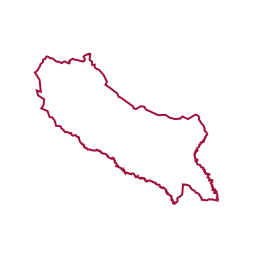 Jordão, Acre, Brazil, rotated 101°
{"feature_id": "56859067B10244849047015", "entity_name": "Jordão", "entity_type": "district", "adm_level": 2, "iso_a3": "BRA", "parent_name": "Brazil", "parent_adm1": "Acre", "projection": "natural_earth1", "projection_center": [-71.804, -9.222], "detail": "fine", "context": "isolated", "style": "outline", "palette": "rose", "viewbox_px": 256, "rotation_deg": 101, "n_neighbors": 0, "source": "geoboundaries", "source_scale": "gbopen_adm2", "svg_char_len": 5825}
<svg xmlns="http://www.w3.org/2000/svg" viewBox="0 0 256 256"><g transform="rotate(101 128 128)"><path d="M193.5,67.7L192.5,67.3L192.2,66.6L191.6,66.3L190.6,65.4L189.5,65.6L188.8,66.0L188.0,65.9L187.3,66.1L186.7,65.7L186.2,64.7L185.0,63.5L184.3,63.2L183.8,62.6L183.0,62.1L173.0,63.2L173.3,62.5L172.6,61.2L172.6,59.7L172.9,56.7L173.4,56.1L174.7,55.4L174.9,54.7L175.4,54.5L176.1,53.5L176.9,50.8L178.6,49.0L178.7,48.5L178.4,48.0L179.7,45.2L180.7,44.9L180.9,44.3L181.7,43.6L182.3,42.6L182.9,42.6L184.4,42.0L184.4,41.3L184.1,40.0L184.2,39.6L184.0,36.9L183.8,36.5L183.5,36.0L182.9,35.7L182.5,35.1L182.6,33.7L182.0,32.5L182.1,32.0L181.9,31.4L182.2,30.8L182.0,28.7L182.2,26.1L181.3,26.2L180.7,26.0L180.5,26.7L179.4,27.7L178.8,27.5L178.2,27.0L177.6,27.4L175.8,27.9L175.0,28.5L175.5,30.6L174.9,31.2L174.5,31.3L174.0,31.0L174.4,30.4L174.1,29.4L173.5,29.0L173.0,29.9L171.6,30.9L171.9,31.7L172.8,33.1L172.3,33.5L171.2,32.9L170.5,32.9L170.0,33.2L169.6,34.5L168.9,34.8L168.4,34.2L167.9,34.4L167.3,34.9L166.5,36.2L166.0,36.2L164.7,34.9L164.2,35.1L163.4,35.1L163.0,35.6L163.2,36.5L163.5,37.1L164.0,37.4L164.2,38.2L163.4,38.5L162.8,38.1L161.6,38.6L161.4,40.4L160.3,40.0L159.3,40.6L158.7,40.1L158.4,39.2L157.7,39.4L157.6,39.9L157.8,40.9L157.7,41.5L158.2,42.0L158.2,42.5L157.6,42.4L157.4,43.6L157.0,43.9L156.5,43.7L156.1,43.9L156.0,44.9L154.4,44.7L154.1,46.4L153.0,46.3L152.6,46.5L152.4,47.2L152.5,48.0L152.7,48.6L150.7,49.9L150.4,50.4L150.6,51.7L150.5,52.6L150.1,53.1L148.8,54.0L147.9,55.3L147.5,55.5L147.2,54.9L147.3,54.3L147.0,53.7L146.4,53.7L145.6,54.0L145.8,54.7L145.9,55.6L145.3,56.3L143.2,56.8L142.8,57.3L142.0,57.6L140.7,57.1L140.4,57.8L139.3,57.3L138.8,56.8L137.9,57.4L137.3,56.7L137.6,56.1L137.3,55.6L136.7,55.5L136.3,56.1L135.8,56.6L135.4,56.1L134.7,56.1L133.9,55.7L132.9,54.7L131.6,54.5L130.9,54.9L130.5,54.5L130.4,54.0L130.0,53.7L128.8,54.0L128.3,53.8L128.4,52.9L127.8,52.7L127.1,51.1L126.7,51.0L126.3,51.5L125.8,51.7L125.5,51.1L125.0,51.3L124.7,50.8L123.6,50.4L122.7,50.7L122.2,50.0L121.8,50.2L120.3,49.9L119.8,49.2L119.3,48.9L117.2,50.2L116.0,52.3L115.6,52.5L115.1,52.4L114.2,52.6L113.9,53.0L113.2,53.1L111.8,54.0L110.6,55.0L110.3,55.7L109.2,57.1L108.7,57.4L107.9,58.4L107.4,58.6L106.3,59.8L105.4,60.2L104.0,60.0L102.8,61.2L102.2,62.5L102.1,63.7L102.3,64.7L107.8,70.8L106.3,76.8L109.0,78.7L109.3,80.3L110.2,83.3L110.0,88.9L108.0,93.6L109.6,100.8L106.5,113.8L104.0,116.2L104.2,119.6L107.8,123.7L107.6,126.4L106.0,126.9L99.6,140.6L99.1,143.2L96.1,145.1L91.7,154.1L89.9,158.4L86.6,157.5L80.6,162.1L76.5,167.4L76.0,168.9L76.1,170.1L74.4,172.6L72.2,172.7L72.9,175.1L69.6,176.1L68.8,178.2L68.1,178.8L62.6,179.2L62.8,179.9L62.5,180.6L62.9,181.1L63.3,181.0L63.7,182.3L65.0,184.1L66.0,185.0L66.8,185.1L67.0,184.6L68.3,183.9L68.7,183.3L70.2,183.7L70.7,184.6L71.2,184.5L71.4,185.9L71.2,187.5L71.3,188.2L71.0,189.4L71.1,191.1L70.9,192.4L71.1,193.6L70.5,195.2L70.9,196.0L73.2,198.3L74.0,198.4L74.2,197.8L74.9,197.7L75.6,197.8L75.9,198.6L75.1,201.7L74.8,202.3L74.9,202.9L75.1,203.5L75.7,204.3L76.2,204.9L76.9,205.3L76.4,208.3L76.1,208.9L76.4,210.0L76.2,211.6L74.2,215.1L74.1,216.2L74.5,217.5L73.5,219.4L73.2,220.5L73.5,221.6L74.6,222.2L75.4,222.1L76.1,222.4L76.6,223.6L77.2,224.4L79.4,224.1L80.8,225.0L81.8,226.0L82.6,226.2L83.8,226.0L86.0,227.0L87.8,227.4L90.4,229.0L91.2,230.0L97.6,224.0L109.1,220.5L108.6,224.7L113.2,222.4L115.8,215.8L121.8,215.3L125.3,216.8L126.7,210.3L132.2,207.0L132.1,204.5L134.4,201.6L139.6,199.0L139.1,195.3L139.8,193.9L140.7,193.8L141.2,193.2L141.4,192.5L141.8,192.0L142.2,190.9L143.0,190.4L144.0,188.8L143.9,187.9L143.6,187.0L143.9,185.3L144.3,184.6L143.7,183.2L144.0,182.5L144.6,182.5L145.7,181.8L146.0,181.0L145.9,180.3L144.9,178.2L145.2,177.6L146.1,176.9L146.4,175.7L146.4,174.8L146.7,174.3L147.1,174.1L148.2,174.1L149.1,173.3L150.3,172.7L151.3,171.9L151.7,171.4L151.8,170.6L152.8,170.0L152.6,168.5L153.0,168.3L153.3,167.8L154.0,168.0L154.7,167.9L154.8,167.0L155.2,166.9L155.6,166.5L155.6,165.7L155.9,165.2L155.8,164.5L156.4,164.1L156.9,163.2L156.6,162.6L156.6,162.1L156.3,161.7L156.6,161.1L156.5,160.2L156.9,159.4L156.7,158.5L156.6,156.7L156.4,155.8L155.8,155.4L155.5,154.9L155.8,154.4L155.4,153.9L155.9,153.7L155.9,152.8L156.3,151.9L155.7,151.5L156.9,149.5L157.6,149.3L157.5,148.8L157.9,147.1L157.6,146.5L157.9,144.8L158.6,143.2L159.8,142.8L159.6,142.3L160.2,141.9L160.6,141.2L160.9,139.8L161.2,139.1L161.3,138.2L160.7,138.1L160.6,137.4L160.0,137.0L161.0,135.6L161.6,135.9L162.4,134.7L163.0,134.5L163.5,134.8L163.9,134.4L164.4,134.3L164.6,133.7L164.6,133.0L165.1,132.5L166.8,132.2L166.7,131.0L167.0,130.6L167.7,130.6L167.9,131.0L168.1,129.5L168.5,128.7L168.7,127.2L169.3,127.0L169.3,125.5L169.0,125.1L169.6,125.0L169.9,123.8L170.3,123.9L170.7,125.0L171.2,124.6L171.3,123.8L171.0,123.3L172.5,122.6L173.3,121.7L172.2,121.2L171.9,120.7L172.3,119.5L172.3,118.4L172.9,117.8L172.4,116.6L172.7,115.9L172.1,115.7L171.6,114.0L174.2,111.3L174.8,111.1L174.6,110.6L174.0,110.3L173.9,109.6L173.3,109.2L174.6,108.7L174.8,107.3L174.9,105.8L174.2,105.4L174.5,104.8L175.0,105.2L174.9,104.6L174.6,104.2L174.8,103.6L174.1,103.0L174.4,102.2L174.8,101.8L175.0,101.4L176.1,101.4L176.1,100.7L176.5,100.0L176.9,99.7L176.3,99.3L176.4,98.7L176.0,98.3L175.9,97.6L175.5,97.1L175.3,96.6L175.5,95.9L175.9,95.1L175.7,94.4L176.2,93.7L176.1,92.7L176.6,92.3L176.5,91.3L176.8,90.2L177.3,90.3L177.6,89.9L177.8,89.4L177.7,88.5L178.1,88.0L178.3,87.3L177.7,86.4L178.2,85.9L178.9,85.7L179.5,84.6L180.0,84.9L180.3,84.3L180.0,83.6L180.4,82.6L179.7,82.4L179.5,81.8L180.8,79.9L181.3,78.9L181.9,79.0L182.3,78.4L183.0,78.7L183.6,78.3L183.6,77.0L184.1,76.7L184.6,77.4L185.1,77.3L185.6,75.6L185.4,75.1L185.8,74.6L186.1,73.7L186.6,73.3L186.6,72.4L188.0,72.3L188.4,71.5L189.1,71.5L189.5,71.7L189.8,71.0L190.6,71.5L190.9,71.0L190.7,70.2L191.6,69.5L191.7,69.0L192.9,69.7L193.3,69.5L193.5,68.9L193.5,67.7Z" fill="none" stroke="#9f1239" stroke-width="2"/></g></svg>